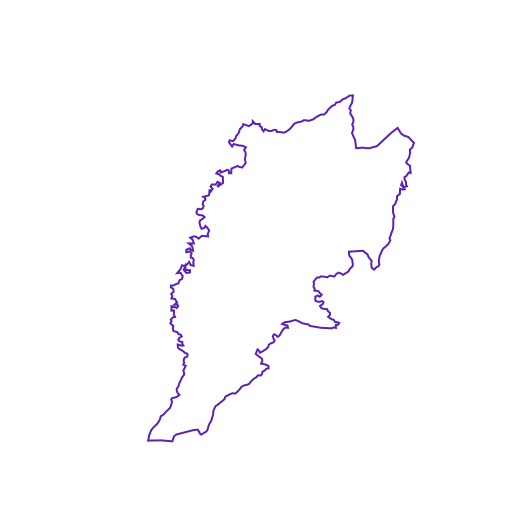 São Miguel das Missões, Rio Grande do Sul, Brazil, rotated 55°
{"feature_id": "56859067B69818070021581", "entity_name": "São Miguel das Missões", "entity_type": "district", "adm_level": 2, "iso_a3": "BRA", "parent_name": "Brazil", "parent_adm1": "Rio Grande do Sul", "projection": "orthographic", "projection_center": [-54.507, -28.703], "detail": "fine", "context": "isolated", "style": "outline", "palette": "violet", "viewbox_px": 512, "rotation_deg": 55, "n_neighbors": 0, "source": "geoboundaries", "source_scale": "gbopen_adm2", "svg_char_len": 6122}
<svg xmlns="http://www.w3.org/2000/svg" viewBox="0 0 512 512"><g transform="rotate(55 256 256)"><path d="M177.3,265.2L179.5,264.4L181.0,265.3L181.0,267.8L183.0,270.0L184.9,270.1L186.2,271.8L186.5,273.8L185.2,275.3L184.0,276.6L185.9,279.7L187.7,280.2L190.1,278.9L192.1,276.4L194.6,275.8L194.9,278.5L194.8,281.6L196.4,283.3L198.9,284.2L200.8,284.8L202.5,284.9L203.4,282.3L202.3,280.2L204.6,279.7L208.1,279.7L210.6,283.2L212.5,284.0L208.4,288.8L208.9,293.0L206.3,293.8L204.3,295.5L203.3,299.4L206.3,298.5L210.1,299.7L207.1,303.9L211.3,302.7L215.6,304.6L213.9,305.9L211.6,305.9L210.9,309.6L213.0,310.9L214.2,307.8L216.9,307.2L217.9,308.8L219.9,310.4L221.3,309.0L223.3,309.1L225.5,311.2L228.3,312.6L226.1,314.7L222.5,314.2L223.1,316.1L223.6,319.8L221.1,322.1L223.3,324.9L224.8,330.4L226.4,327.5L230.5,327.6L232.4,329.9L231.9,332.2L233.9,335.4L233.1,337.5L232.9,340.3L231.4,342.6L232.9,343.7L235.4,342.6L238.0,343.9L238.4,347.2L240.8,347.5L242.3,349.7L244.6,347.1L248.7,347.3L249.1,350.8L250.7,348.3L252.3,348.5L253.2,350.6L251.7,351.4L250.4,353.1L248.8,354.2L252.3,356.6L253.5,354.5L255.1,355.4L256.7,356.9L259.5,357.3L258.6,359.3L259.2,362.4L261.2,362.7L262.0,364.8L263.7,364.5L265.6,363.8L268.0,365.9L270.0,366.7L273.3,364.1L275.5,364.4L277.3,362.7L279.3,363.0L279.1,365.7L280.0,367.7L282.1,367.7L284.1,365.7L285.9,366.8L287.6,366.8L286.8,368.5L285.1,369.6L283.6,370.9L285.9,372.3L288.1,372.3L290.3,371.0L292.7,370.2L295.0,369.6L296.6,368.3L298.2,369.0L299.0,370.8L298.3,372.7L299.8,375.1L302.0,375.9L303.3,377.9L305.7,376.6L307.2,379.4L308.2,381.2L310.5,382.0L312.1,383.0L312.8,385.9L314.2,388.0L315.3,390.1L316.6,392.3L318.1,393.9L319.3,397.1L320.8,398.1L323.2,398.8L325.9,398.4L326.0,401.5L325.3,403.8L324.3,406.1L325.0,407.9L327.4,408.4L331.0,413.3L331.6,416.3L331.9,418.8L332.4,421.1L332.9,423.7L332.6,425.8L333.8,427.3L335.1,429.0L336.3,431.7L337.1,434.3L337.4,437.5L338.6,441.8L342.0,446.9L344.0,448.7L345.3,450.3L352.5,439.6L359.8,430.9L356.7,426.5L356.5,423.8L362.6,407.4L363.7,405.4L364.7,403.4L367.4,403.4L369.1,403.8L370.9,403.3L371.1,399.7L371.3,397.1L370.2,394.9L368.4,392.9L367.2,391.2L366.0,388.7L364.8,386.4L363.1,384.6L362.2,383.1L360.6,381.5L358.8,380.2L357.4,378.1L355.8,375.3L355.8,371.4L355.5,368.7L355.5,366.6L355.1,363.9L353.6,361.5L354.1,358.8L354.3,356.0L355.1,353.7L356.8,352.1L356.5,349.1L355.9,346.0L354.9,343.3L355.0,340.9L355.6,339.0L356.4,337.2L356.8,335.1L356.2,333.0L355.7,330.9L355.3,328.0L355.5,325.5L354.9,322.7L356.5,320.9L356.2,318.9L354.5,317.0L354.8,314.4L354.3,312.3L355.2,310.1L353.2,308.9L350.8,310.2L348.6,311.9L347.1,313.6L345.6,311.0L343.6,310.0L339.1,311.5L336.0,312.4L334.5,310.0L333.4,308.3L335.2,307.8L337.5,308.2L337.9,305.0L338.1,301.6L337.6,298.5L336.0,296.2L336.0,294.2L336.8,291.3L335.9,289.1L333.6,289.0L331.4,288.3L330.5,286.1L332.0,285.1L334.6,284.7L334.7,282.7L334.0,280.9L332.6,278.2L331.6,275.4L331.4,273.1L333.1,271.0L331.0,270.1L329.2,271.7L326.7,273.5L326.7,270.5L328.2,267.6L329.4,265.2L330.3,262.1L331.2,260.2L333.2,259.0L334.9,258.0L337.6,256.7L340.0,254.4L342.2,252.2L344.0,252.0L345.9,250.2L352.2,243.8L358.6,235.6L359.0,233.5L360.7,231.8L358.2,230.1L359.4,228.2L358.6,226.3L357.0,227.2L355.5,229.0L352.6,229.0L351.2,230.4L347.2,231.8L346.8,229.5L345.0,228.0L342.4,228.7L340.4,228.2L339.1,229.8L337.4,231.5L335.5,232.5L333.6,232.2L333.7,228.8L332.5,227.1L330.8,227.7L330.2,229.8L328.9,231.6L326.8,233.0L325.2,232.1L323.3,230.7L323.9,228.0L326.0,227.1L325.4,224.4L323.2,225.0L320.9,225.0L319.2,226.3L317.9,228.0L316.3,226.6L314.7,226.7L313.1,225.6L311.9,224.3L310.2,223.7L309.1,220.6L308.7,218.1L309.9,216.6L309.9,214.6L311.4,212.7L313.0,211.1L314.3,209.9L314.3,208.1L314.7,206.3L316.2,205.0L317.8,203.6L316.9,201.0L316.8,198.2L319.2,196.3L321.4,195.5L321.5,192.6L321.7,189.0L320.7,187.4L320.1,185.4L319.9,183.2L318.8,181.7L314.1,179.3L311.9,179.2L309.4,179.4L307.4,178.5L305.8,177.4L313.1,165.3L314.7,165.0L318.6,163.7L321.1,164.4L323.6,164.3L326.2,164.0L327.9,165.6L329.5,166.7L332.1,168.0L334.9,167.1L334.2,163.7L334.7,161.7L333.7,159.8L331.2,158.7L329.4,157.3L326.3,154.0L325.1,151.5L323.6,149.4L322.8,147.2L322.6,144.0L322.1,141.1L321.3,139.0L320.1,136.9L318.0,136.5L316.4,133.9L314.5,131.5L312.9,128.8L310.7,126.8L308.8,125.3L307.4,124.4L304.2,122.1L303.4,120.2L301.5,119.6L299.2,118.9L296.6,117.2L293.7,115.0L293.3,112.2L292.2,110.8L290.6,108.1L287.8,106.1L287.8,102.7L283.6,99.4L285.6,97.9L286.6,96.0L284.2,95.8L285.4,92.4L283.4,92.1L281.7,90.8L278.7,90.4L276.6,89.1L276.7,86.9L275.2,83.0L276.7,81.7L270.2,78.1L267.3,79.3L265.4,79.3L264.0,76.1L263.0,73.9L260.1,70.8L257.1,68.9L256.8,65.8L253.9,61.7L245.8,63.0L242.6,65.5L240.1,66.6L238.2,66.9L232.3,66.5L232.8,75.6L235.4,93.8L232.7,101.3L231.3,103.3L228.4,106.5L225.2,112.1L217.8,108.3L210.4,106.9L207.9,103.4L206.4,102.4L203.5,101.8L202.2,99.6L200.6,98.2L198.7,97.4L193.1,97.0L191.1,94.8L188.6,94.8L187.5,93.4L185.5,89.3L180.1,84.5L178.3,87.3L178.1,92.6L177.4,94.8L177.8,99.2L176.3,102.3L177.4,104.6L176.7,107.7L177.5,113.2L178.5,115.2L179.2,119.0L177.3,122.0L176.7,127.3L176.9,130.6L175.5,135.4L173.6,137.0L172.1,139.2L172.1,141.2L170.1,145.9L169.6,148.9L170.5,151.8L171.4,155.7L171.5,159.8L171.0,162.4L167.8,165.6L166.3,167.8L164.6,167.1L163.0,168.7L162.4,172.0L161.0,173.7L157.2,176.0L158.2,178.3L155.3,178.4L153.8,177.4L151.6,178.4L150.0,177.2L147.5,180.9L143.7,181.3L145.6,182.8L145.6,187.3L140.7,190.8L142.1,192.6L142.8,196.3L145.6,200.2L146.3,203.3L148.1,205.7L148.7,209.0L146.1,211.2L147.4,212.9L152.6,212.8L151.5,210.1L155.7,206.5L157.9,203.9L161.1,201.9L162.4,204.9L165.2,205.2L167.0,206.2L170.2,209.5L173.9,211.1L175.6,216.5L173.4,218.7L171.7,219.4L170.3,226.0L174.0,228.8L172.7,230.6L170.4,229.2L168.8,230.2L168.6,232.4L167.3,237.1L165.3,236.1L164.8,238.8L165.7,241.2L167.6,239.6L169.8,239.1L172.1,237.8L174.2,239.1L177.2,241.0L177.3,248.0L175.2,243.8L173.2,245.0L174.4,248.1L172.1,251.1L173.0,253.4L176.0,252.9L177.2,256.3L174.8,255.9L177.8,258.2L179.3,259.8L178.5,262.1L177.3,265.2ZM223.6,319.8L225.8,320.8L227.4,321.2L229.9,318.2L231.6,319.6L229.9,322.8L226.0,323.2L223.6,319.8ZM284.2,95.8L281.3,96.5L279.7,94.4L284.2,95.8Z" fill="none" stroke="#5b21b6" stroke-width="2"/></g></svg>